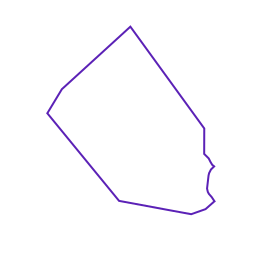 Cedars/Chu Tigre, Choiseul, Saint Lucia (Mercator projection), rotated 77°
{"feature_id": "8701671B42521441086623", "entity_name": "Cedars/Chu Tigre", "entity_type": "district", "adm_level": 2, "iso_a3": "LCA", "parent_name": "Saint Lucia", "parent_adm1": "Choiseul", "projection": "mercator", "projection_center": [-61.046, 13.77], "detail": "fine", "context": "isolated", "style": "outline", "palette": "violet", "viewbox_px": 256, "rotation_deg": 77, "n_neighbors": 0, "source": "geoboundaries", "source_scale": "gbopen_adm2", "svg_char_len": 442}
<svg xmlns="http://www.w3.org/2000/svg" viewBox="0 0 256 256"><g transform="rotate(77 128 128)"><path d="M184.2,53.1L182.9,54.2L179.5,55.3L175.8,56.2L170.4,59.6L145.6,53.8L29.8,102.9L75.3,183.7L95.5,203.3L197.0,153.1L217.3,106.4L226.2,85.8L224.5,70.7L219.2,60.9L218.9,60.2L214.1,62.0L210.4,64.0L208.2,64.6L204.8,64.6L198.3,62.3L192.4,60.2L190.2,59.1L187.1,56.5L184.8,52.7L184.2,53.1Z" fill="none" stroke="#5b21b6" stroke-width="2"/></g></svg>